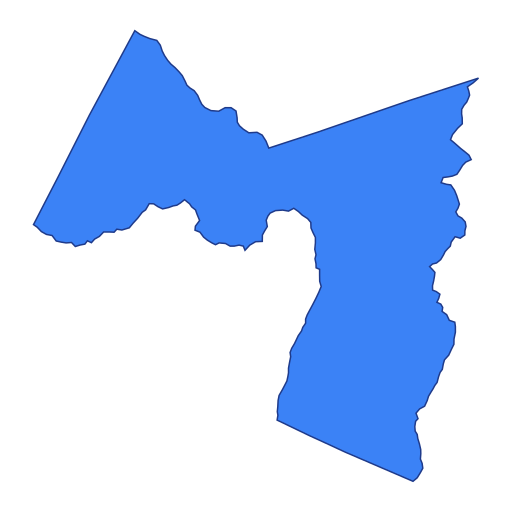 Anapurus, Maranhão, Brazil (Mercator projection)
{"feature_id": "56859067B68059886340931", "entity_name": "Anapurus", "entity_type": "district", "adm_level": 2, "iso_a3": "BRA", "parent_name": "Brazil", "parent_adm1": "Maranhão", "projection": "mercator", "projection_center": [-43.097, -3.562], "detail": "fine", "context": "isolated", "style": "filled", "palette": "blue", "viewbox_px": 512, "rotation_deg": 0, "n_neighbors": 0, "source": "geoboundaries", "source_scale": "gbopen_adm2", "svg_char_len": 3209}
<svg xmlns="http://www.w3.org/2000/svg" viewBox="0 0 512 512"><path d="M257.0,132.3L248.8,132.8L243.3,129.2L239.5,125.8L237.3,122.2L237.1,117.8L236.0,111.0L231.1,107.7L225.1,107.7L218.7,111.2L210.9,110.6L204.8,107.5L201.8,104.3L199.6,99.9L197.7,95.4L194.2,90.7L190.0,88.0L186.9,85.2L185.1,81.2L182.3,75.7L179.3,72.1L175.1,67.7L170.9,64.1L167.7,60.4L164.5,55.6L162.2,51.0L160.3,45.2L156.8,40.4L149.9,38.6L144.1,36.3L139.9,34.3L134.8,30.7L89.4,115.1L58.0,177.1L33.5,224.6L37.2,227.2L41.4,231.6L46.4,234.4L52.1,235.5L56.2,241.0L61.1,242.1L66.1,242.9L71.5,242.5L75.3,246.5L80.2,245.0L84.9,244.1L87.4,240.8L91.4,242.7L94.6,239.1L99.4,236.4L103.6,232.0L109.6,232.0L114.1,232.2L116.8,229.2L121.9,230.0L129.3,227.8L133.0,223.3L137.6,218.3L142.2,212.3L145.6,209.9L149.2,203.7L153.6,203.8L158.0,206.7L162.6,208.9L168.7,207.5L173.1,205.9L176.9,205.2L180.4,203.0L184.5,199.7L189.6,203.8L191.7,206.9L195.5,209.9L197.0,214.1L199.6,220.5L195.4,226.2L195.0,230.2L200.0,232.2L203.6,237.1L207.3,240.1L211.9,242.9L215.5,244.7L219.1,242.9L225.5,243.5L230.1,246.1L234.3,246.1L239.1,245.1L243.3,246.1L245.0,250.3L249.8,245.1L255.6,241.7L262.3,241.4L262.4,235.0L264.7,230.8L267.3,226.6L266.2,220.2L267.9,216.1L270.1,213.1L275.5,210.6L282.7,210.1L288.5,211.1L293.8,208.3L298.4,211.5L302.2,215.1L307.6,218.6L310.8,222.4L311.0,228.0L313.0,232.6L315.4,237.4L315.4,242.9L314.8,249.4L316.0,254.8L315.0,258.8L316.0,263.8L316.1,267.8L319.6,269.3L319.6,275.2L319.7,281.3L321.2,286.5L318.8,292.3L315.8,298.6L312.6,304.8L309.8,310.0L307.2,314.9L305.6,319.1L305.6,323.2L302.8,327.3L301.5,331.0L298.3,335.6L296.4,339.6L294.5,343.6L291.7,348.3L290.1,352.5L290.7,356.7L289.6,362.1L288.5,368.2L288.5,372.8L287.9,376.4L286.9,381.0L284.9,384.9L282.5,389.5L279.1,395.4L278.1,400.5L277.8,406.6L277.3,411.7L277.9,415.3L277.1,420.1L310.4,436.1L319.0,440.0L345.6,452.3L413.0,481.3L417.2,477.8L420.4,472.6L422.8,468.2L422.1,463.3L420.4,459.1L420.8,453.8L420.7,449.5L419.4,443.8L417.8,438.6L417.2,434.4L415.2,431.2L414.8,426.6L415.6,421.3L418.0,418.7L416.0,413.2L419.6,408.9L424.6,406.2L427.2,400.6L428.5,396.3L431.1,391.9L433.0,388.9L434.8,385.5L437.1,382.4L438.6,376.6L440.1,372.4L442.3,369.4L443.3,363.9L444.5,359.8L448.7,355.2L451.7,348.7L453.9,344.3L454.0,339.0L455.4,332.2L455.4,326.6L454.8,322.2L449.3,320.3L446.7,314.7L442.1,311.4L442.7,307.4L440.8,304.1L436.9,302.3L438.7,298.4L439.9,294.2L436.3,291.6L432.6,290.1L432.5,285.7L433.6,281.1L434.5,276.1L434.9,272.4L432.5,269.6L429.6,266.6L432.5,264.0L436.5,263.0L440.7,259.6L443.5,254.9L445.1,251.6L447.5,248.9L450.3,246.1L451.2,242.1L455.1,236.7L460.2,238.2L464.8,235.0L464.9,230.8L466.0,226.4L465.2,221.9L461.8,218.1L458.0,215.9L455.8,211.9L458.0,208.1L459.4,204.1L456.7,195.6L454.5,190.3L450.8,184.9L446.5,184.3L441.1,182.7L443.1,177.5L447.9,176.9L452.3,176.1L456.9,174.3L459.8,170.0L462.6,165.4L465.8,162.1L471.2,159.6L469.0,155.2L465.4,152.2L460.7,148.5L457.2,145.4L453.9,142.5L450.5,139.7L452.5,134.6L457.6,128.3L462.3,123.8L462.2,117.9L461.6,113.9L461.7,109.3L464.0,105.3L466.7,102.1L468.2,98.7L469.6,95.1L468.8,91.1L467.4,86.8L473.2,82.8L478.5,78.1L408.8,100.7L368.2,114.7L317.2,132.3L268.8,148.1L266.0,141.1L262.2,135.1L257.0,132.3Z" fill="#3b82f6" stroke="#1e3a8a" stroke-width="1.5"/></svg>